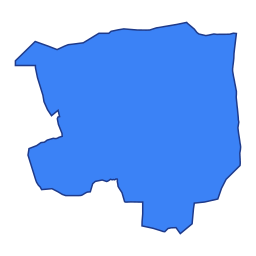 the district of Gwiwa, Jigawa, Nigeria
{"feature_id": "59680162B64636531363939", "entity_name": "Gwiwa", "entity_type": "district", "adm_level": 2, "iso_a3": "NGA", "parent_name": "Nigeria", "parent_adm1": "Jigawa", "projection": "equal_earth", "projection_center": [8.29, 12.74], "detail": "fine", "context": "isolated", "style": "filled", "palette": "blue", "viewbox_px": 256, "rotation_deg": 0, "n_neighbors": 0, "source": "geoboundaries", "source_scale": "gbopen_adm2", "svg_char_len": 2174}
<svg xmlns="http://www.w3.org/2000/svg" viewBox="0 0 256 256"><path d="M108.8,33.3L98.9,33.3L83.3,42.8L74.9,43.9L68.2,44.7L64.4,46.2L59.9,48.3L58.8,48.8L57.1,49.6L48.4,46.2L35.2,41.5L26.6,49.9L15.4,60.8L15.4,65.5L35.4,65.5L35.4,66.5L35.5,68.0L37.5,77.7L42.9,95.2L44.0,101.7L47.5,109.6L51.5,115.7L58.1,110.3L58.7,113.0L59.6,116.6L58.0,117.0L57.3,118.7L58.4,124.4L62.0,133.4L62.2,136.3L60.6,136.8L59.0,137.3L57.2,138.3L56.2,138.5L55.2,138.6L53.3,138.3L47.2,140.1L44.4,142.2L41.0,142.6L36.7,145.6L29.0,148.6L28.0,155.1L35.7,179.9L36.6,182.3L38.4,185.2L40.2,187.0L41.6,189.6L52.0,188.7L58.0,191.8L62.3,194.4L65.7,195.6L78.4,195.6L80.2,195.5L81.1,195.4L82.2,195.0L84.3,193.7L85.8,192.8L87.3,192.1L90.3,191.8L92.7,183.7L95.3,181.4L102.2,180.0L106.7,181.5L107.8,181.1L109.1,180.3L110.4,179.3L111.2,179.5L112.2,179.8L113.3,179.5L114.7,179.8L115.7,179.1L117.1,179.0L117.4,179.7L117.3,181.5L117.6,183.2L117.9,184.8L118.0,186.2L118.8,187.7L122.0,192.7L124.6,201.7L125.8,202.1L130.7,201.9L142.7,202.1L142.7,213.9L142.1,221.5L142.0,225.9L153.1,228.3L160.2,230.5L163.1,231.5L164.8,231.7L168.0,228.5L171.2,227.8L175.1,227.7L176.0,227.6L180.3,233.6L192.1,223.8L193.5,208.6L194.3,203.1L204.7,202.0L217.8,199.0L221.5,188.3L226.1,179.3L240.0,165.5L240.2,163.7L240.2,162.2L240.2,161.6L240.1,160.7L240.1,158.9L240.0,157.9L240.0,157.4L240.0,156.7L239.9,156.1L239.9,155.0L239.8,153.1L240.0,152.0L240.4,149.8L240.6,147.6L240.6,146.5L240.3,144.3L240.1,143.6L239.5,139.2L238.6,133.5L237.9,127.8L238.8,122.1L238.3,119.6L238.3,118.5L238.1,116.0L237.4,108.5L237.1,106.3L236.8,103.1L236.3,98.3L236.2,96.8L236.3,95.7L236.4,94.1L236.4,91.2L236.0,89.4L235.8,88.3L235.3,85.5L235.0,84.1L234.9,83.7L234.8,83.0L234.7,82.8L234.5,81.3L233.5,76.4L232.6,71.0L232.6,70.3L232.6,68.6L232.8,67.2L232.9,66.0L233.1,64.5L233.4,62.2L233.8,58.4L234.0,53.5L234.6,48.1L236.4,33.5L233.6,33.2L233.0,33.3L229.7,34.2L224.7,34.3L219.1,34.3L217.0,34.4L215.5,34.2L213.8,34.0L211.4,34.5L208.8,35.1L206.4,35.5L205.8,35.6L198.9,34.0L196.9,32.5L194.3,29.1L187.3,23.2L186.7,22.4L177.0,24.4L156.3,27.9L149.8,30.0L146.7,30.1L137.2,30.0L123.8,28.9L118.3,29.8L111.1,31.3L108.8,33.3Z" fill="#3b82f6" stroke="#1e3a8a" stroke-width="1.5"/></svg>